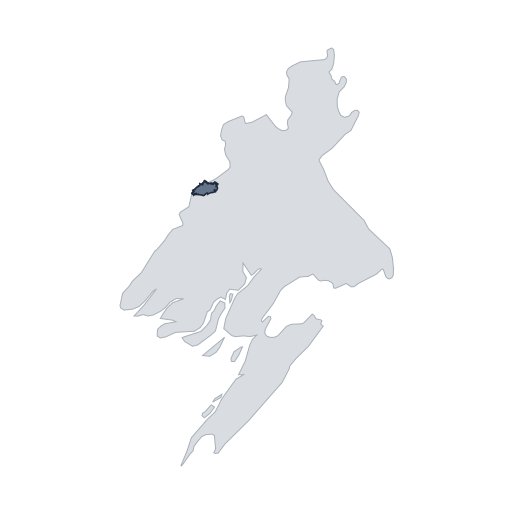 Meherpur, Khulna, Bangladesh shown in context, rotated 47°
{"feature_id": "16705992B11914188004823", "entity_name": "Meherpur", "entity_type": "district", "adm_level": 2, "iso_a3": "BGD", "parent_name": "Bangladesh", "parent_adm1": "Khulna", "projection": "equal_earth", "projection_center": [88.762, 23.788], "detail": "fine", "context": "in_parent", "style": "filled", "palette": "slate", "viewbox_px": 512, "rotation_deg": 47, "n_neighbors": 0, "source": "geoboundaries", "source_scale": "gbopen_adm2", "svg_char_len": 8110}
<svg xmlns="http://www.w3.org/2000/svg" viewBox="0 0 512 512"><g transform="rotate(47 256 256)"><path d="M190.1,363.8L190.0,351.3L183.4,326.7L183.7,324.0L182.3,312.2L180.6,305.7L179.8,298.7L183.7,288.7L182.1,287.0L173.3,284.0L172.3,281.4L174.2,271.5L167.8,262.2L165.3,255.3L172.1,232.8L173.8,217.2L173.3,214.2L169.1,210.8L161.8,209.4L156.6,206.4L153.6,202.0L151.1,200.3L147.9,201.6L143.9,199.9L140.5,195.5L137.7,190.2L138.8,184.4L144.1,170.7L146.1,170.2L150.7,172.9L152.4,172.9L155.5,167.5L159.7,152.0L174.5,153.4L178.0,152.9L181.7,151.6L183.7,149.7L184.9,147.2L184.5,145.1L179.9,142.2L178.2,140.0L176.9,133.8L175.6,131.5L166.7,131.2L162.1,128.4L159.5,125.8L155.0,117.4L149.4,111.2L144.1,109.7L142.0,107.7L140.9,104.5L141.6,99.9L144.3,91.1L159.0,72.0L159.4,69.8L158.8,67.4L154.5,64.3L154.2,62.8L155.4,58.8L157.9,58.3L162.9,62.0L168.1,67.8L171.1,73.1L171.2,77.2L175.2,78.1L178.6,79.9L182.0,79.3L184.3,80.4L185.8,80.0L186.3,77.6L183.4,71.6L184.8,69.1L188.2,69.2L190.6,71.5L192.4,76.1L192.7,83.3L196.7,89.8L201.9,94.4L206.0,96.6L210.9,98.1L215.1,96.6L217.2,92.1L216.2,88.0L216.9,84.4L218.6,82.4L221.2,82.5L223.2,85.4L228.9,100.9L227.8,107.8L229.1,126.8L227.7,139.3L228.6,144.1L229.6,144.9L238.3,147.3L250.8,152.3L260.4,154.1L303.7,152.7L313.2,155.2L342.1,153.3L350.1,157.3L358.7,163.8L363.6,168.6L364.5,171.4L364.0,173.8L362.3,175.1L359.4,175.1L352.6,172.0L351.4,172.9L351.4,180.4L346.0,199.3L345.3,205.2L343.4,207.5L337.7,208.7L333.9,219.7L332.4,221.0L328.6,218.6L326.3,219.0L323.3,220.0L320.4,222.6L318.4,225.7L316.1,226.8L308.0,226.6L306.5,231.7L301.2,238.4L297.7,256.2L298.0,261.7L302.6,275.9L305.8,294.3L307.0,296.2L308.6,296.4L308.6,287.9L310.1,286.8L312.0,287.8L315.9,299.2L318.1,302.0L321.5,302.9L325.3,301.1L328.1,297.8L329.3,294.2L328.2,281.8L330.0,276.7L336.5,269.2L337.5,266.9L336.9,254.5L339.4,254.1L342.8,255.0L347.0,252.1L348.3,252.0L350.1,255.2L353.1,254.6L357.8,279.3L358.3,296.7L359.5,306.3L361.1,308.5L366.3,323.1L371.4,374.3L372.3,406.9L374.3,418.0L372.7,420.5L371.1,421.0L369.6,417.1L358.8,408.8L356.2,409.7L352.5,414.5L351.1,418.9L351.8,425.2L353.0,431.4L355.6,434.9L355.8,438.9L358.8,453.6L358.0,453.7L352.0,440.3L344.8,427.1L342.3,403.5L342.1,391.9L337.1,378.3L332.4,354.5L334.3,346.1L330.9,349.7L325.5,335.5L317.0,321.5L314.5,315.4L314.4,309.4L310.8,315.4L305.9,319.6L301.0,326.0L297.7,328.0L287.1,329.1L281.0,320.6L272.1,299.7L271.0,295.0L272.1,282.8L269.9,271.2L269.3,261.0L267.7,261.9L267.1,264.7L267.5,269.0L266.9,272.6L252.2,270.2L258.5,276.3L265.2,277.7L268.7,283.2L269.0,292.3L262.4,297.8L263.0,302.4L266.9,308.0L262.2,309.6L261.0,313.3L260.9,318.5L264.2,326.5L263.6,329.7L269.2,340.2L270.3,345.3L269.0,352.4L257.0,366.9L253.6,377.1L250.7,381.9L247.0,382.8L242.5,378.0L242.4,373.0L243.3,369.0L249.5,359.4L246.1,360.7L236.4,368.6L234.6,362.2L233.3,356.3L233.3,349.0L237.9,338.1L232.7,343.5L231.2,350.3L231.9,358.3L231.2,363.9L229.1,371.3L226.3,375.8L221.8,378.6L219.7,383.0L216.7,386.2L215.6,371.3L212.2,351.2L211.5,355.5L213.2,368.0L213.2,376.1L210.7,382.5L205.6,389.4L201.8,390.4L199.5,389.3L192.3,379.0L191.6,369.2L190.1,363.8ZM278.7,364.0L269.8,366.5L265.2,365.7L273.6,347.7L273.3,339.6L271.9,333.0L267.6,327.7L267.4,323.9L265.4,318.8L264.4,312.8L269.1,310.8L273.0,314.3L274.5,321.1L276.4,326.3L283.2,336.8L283.1,343.3L281.3,359.2L278.7,364.0ZM297.8,358.1L292.4,363.0L294.0,334.4L298.1,345.1L299.2,350.7L297.8,358.1ZM318.5,343.9L316.2,345.9L313.9,344.2L311.0,337.5L312.4,329.0L313.3,327.8L316.8,336.4L318.5,343.9ZM339.1,404.1L336.0,404.4L334.5,402.4L335.2,399.5L334.3,390.3L338.2,389.3L339.7,397.1L339.1,404.1ZM335.5,378.2L333.3,387.4L332.3,383.3L333.8,375.2L335.5,378.2ZM271.4,304.0L272.4,307.0L267.4,303.2L266.0,300.4L268.2,299.0L271.4,304.0Z" fill="#d9dde1" stroke="#a8b0b8" stroke-width="1"/><path d="M180.2,244.4L180.3,243.9L180.5,243.0L180.6,242.8L181.1,242.5L181.3,242.2L181.5,241.8L181.5,241.6L181.3,241.3L181.1,241.3L180.8,241.3L180.4,241.5L180.2,241.6L180.1,241.8L179.9,241.9L179.5,241.7L179.1,241.3L179.1,241.1L179.3,240.9L179.5,240.9L179.8,241.0L180.1,241.0L180.4,241.0L180.6,240.9L180.8,240.6L181.0,240.3L181.0,240.1L181.0,239.7L180.9,239.2L180.7,238.7L180.5,238.3L179.9,237.7L179.6,237.4L179.3,237.3L179.0,237.2L178.6,237.2L178.5,237.3L178.1,237.9L178.0,238.0L177.9,237.9L177.7,236.6L177.7,235.8L177.7,235.3L177.6,235.0L177.4,234.8L177.3,234.7L177.1,234.6L176.7,234.7L176.4,235.1L176.3,235.3L176.2,235.6L176.2,236.3L176.2,236.5L175.7,236.3L175.6,236.1L175.5,235.9L175.4,235.3L175.4,235.2L175.0,235.1L174.9,235.1L174.6,235.3L174.2,235.5L173.9,235.5L173.7,235.7L173.8,235.8L174.0,236.2L174.2,236.4L174.0,236.5L174.1,236.9L174.1,237.0L174.1,237.3L174.3,237.8L174.2,237.8L174.2,237.7L174.1,237.8L174.1,237.6L173.8,237.6L174.0,237.9L173.8,237.9L173.9,238.3L173.7,238.3L173.9,238.8L173.8,239.1L173.6,239.1L173.6,238.9L173.3,239.0L173.3,238.9L173.2,238.7L172.8,238.7L172.7,239.0L172.5,238.8L172.5,238.7L172.4,238.7L172.4,238.9L172.2,239.0L172.1,239.3L172.3,239.3L172.1,239.4L172.0,239.5L172.2,239.8L172.3,239.7L172.3,239.8L172.2,239.9L171.5,239.7L171.3,240.5L171.2,240.6L170.9,240.8L170.5,240.9L170.4,241.0L170.2,241.0L170.2,241.3L170.4,241.9L170.2,241.9L170.1,242.0L169.9,241.9L169.8,242.0L169.7,242.1L169.8,242.1L169.7,242.2L169.3,241.9L169.1,242.0L168.9,241.8L168.6,242.1L168.3,242.2L168.2,242.0L168.3,241.8L168.3,241.6L168.2,241.5L168.0,241.4L167.7,241.5L167.4,241.6L167.4,241.8L167.5,242.2L167.4,242.4L166.9,241.9L166.7,242.0L166.5,241.9L166.4,241.9L166.2,241.9L166.1,242.0L166.1,242.3L165.9,242.4L165.7,242.4L165.8,242.7L165.8,242.9L165.8,243.0L166.0,243.1L166.1,242.9L166.4,243.0L166.5,243.1L166.4,243.4L166.3,243.7L166.3,244.1L166.3,244.4L166.3,244.7L166.4,244.8L166.8,245.1L167.0,245.3L167.1,245.6L166.9,245.8L166.9,246.0L166.8,245.9L166.7,245.9L166.7,246.1L166.7,245.9L166.4,245.7L166.3,245.8L166.2,245.7L166.2,245.8L166.3,245.9L166.3,246.0L166.5,246.1L166.8,246.3L166.7,246.3L166.6,246.7L166.5,246.8L166.4,246.9L166.1,246.8L166.0,247.0L166.1,247.3L165.8,247.6L165.6,247.8L165.3,247.7L164.9,247.6L164.7,247.7L164.8,247.8L165.0,247.8L164.9,248.0L165.1,248.1L165.4,248.3L165.5,248.4L165.9,248.4L165.9,248.5L165.9,248.8L166.0,249.1L166.0,249.6L165.8,249.6L165.7,249.8L165.6,250.1L165.4,250.2L165.4,250.3L165.5,250.3L165.7,250.8L165.5,251.0L165.6,250.9L165.8,251.0L165.8,251.3L165.6,251.3L165.6,251.5L165.4,251.6L165.4,252.2L165.3,252.3L165.3,252.5L165.2,252.6L165.2,253.2L165.3,253.4L165.3,253.5L165.3,254.5L165.6,254.5L165.7,255.1L165.5,255.3L165.6,255.5L165.6,255.8L165.4,255.9L165.4,256.2L165.3,256.3L165.2,256.5L165.1,256.4L165.0,256.7L164.9,256.7L164.9,256.8L164.8,257.0L165.1,257.2L165.0,257.8L165.5,257.9L165.7,257.7L166.2,257.7L166.4,257.6L166.5,257.5L166.6,257.8L166.6,258.0L166.6,258.4L166.6,258.5L166.6,258.9L166.6,259.0L166.4,259.3L166.2,259.2L166.1,259.4L166.0,259.7L166.0,260.0L165.9,260.0L166.3,260.2L166.6,260.1L166.8,260.2L166.9,259.9L167.3,259.6L167.0,259.9L167.3,260.0L167.2,260.3L167.4,260.3L167.5,260.2L167.9,260.2L168.0,260.2L168.2,259.9L168.4,259.9L168.5,259.7L168.6,259.8L168.7,259.7L168.9,259.9L168.9,259.6L168.7,259.3L168.9,259.2L169.0,259.3L168.9,259.1L169.2,259.1L169.3,259.0L169.3,258.8L169.4,258.7L169.1,258.7L169.1,258.3L169.2,258.2L169.3,258.3L169.3,258.2L169.2,258.2L169.4,258.0L169.4,257.9L169.5,257.9L169.4,257.7L169.2,257.7L169.4,257.5L169.4,257.4L169.5,257.4L169.7,257.1L169.7,256.9L170.0,257.0L170.4,257.2L170.5,257.2L170.8,257.1L171.0,257.1L171.2,256.9L171.3,256.5L171.4,256.3L171.5,256.4L171.6,256.6L171.8,256.5L171.7,256.5L171.7,256.4L171.9,256.3L171.9,256.2L171.9,255.9L172.2,255.7L172.4,255.7L173.1,255.2L173.4,255.0L173.8,254.6L174.0,254.6L174.3,254.1L174.4,253.9L174.6,253.8L174.8,253.8L175.0,253.7L175.4,253.7L175.8,253.5L175.9,253.2L176.1,253.1L176.2,252.9L176.2,252.7L176.4,252.3L176.3,252.2L176.1,252.0L176.1,251.6L176.1,251.3L176.2,250.9L176.3,250.9L176.5,250.6L176.4,250.0L176.4,249.7L176.5,249.6L176.5,249.3L176.6,249.0L176.6,248.9L176.7,248.6L176.8,248.6L177.0,248.8L177.9,248.5L178.0,248.7L178.2,247.8L178.4,247.2L178.5,246.9L178.7,246.3L178.8,246.0L178.8,245.7L179.4,245.3L179.5,245.1L179.5,244.7L179.8,244.4L180.0,244.4L180.0,244.5L180.2,244.4Z" fill="#64748b" stroke="#1e293b" stroke-width="1.5"/></g></svg>